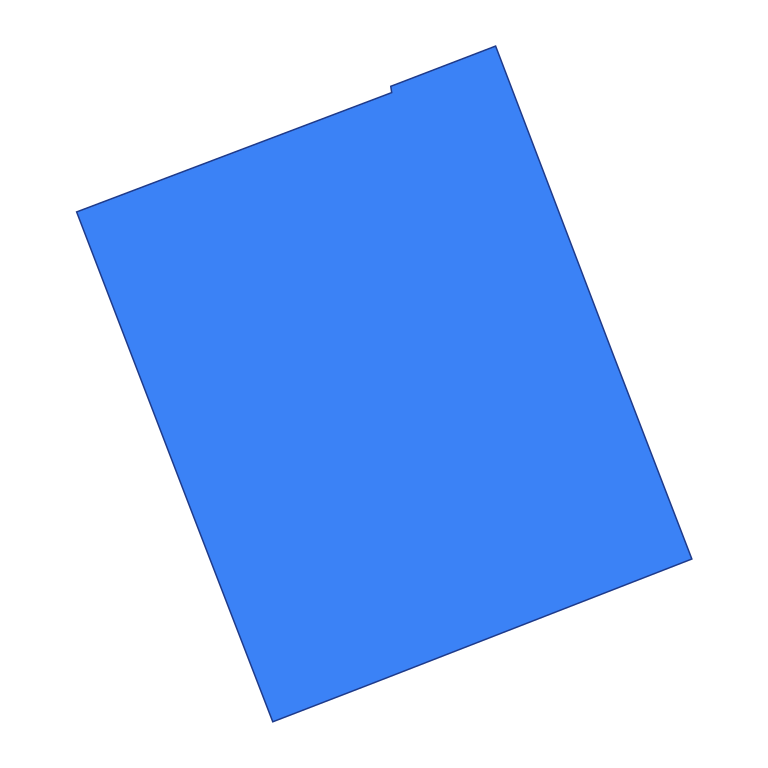 Lincoln, Kansas, United States of America (Equal Earth projection), rotated 69°
{"feature_id": "52423323B2228267631345", "entity_name": "Lincoln", "entity_type": "district", "adm_level": 2, "iso_a3": "USA", "parent_name": "United States of America", "parent_adm1": "Kansas", "projection": "equal_earth", "projection_center": [-98.224, 39.045], "detail": "fine", "context": "isolated", "style": "filled", "palette": "blue", "viewbox_px": 768, "rotation_deg": 69, "n_neighbors": 0, "source": "geoboundaries", "source_scale": "gbopen_adm2", "svg_char_len": 290}
<svg xmlns="http://www.w3.org/2000/svg" viewBox="0 0 768 768"><g transform="rotate(69 384 384)"><path d="M108.5,158.7L108.5,271.0L114.7,272.4L113.2,609.3L441.3,609.3L659.5,608.9L659.3,496.1L657.7,159.3L437.9,159.5L108.5,158.7Z" fill="#3b82f6" stroke="#1e3a8a" stroke-width="1.5"/></g></svg>